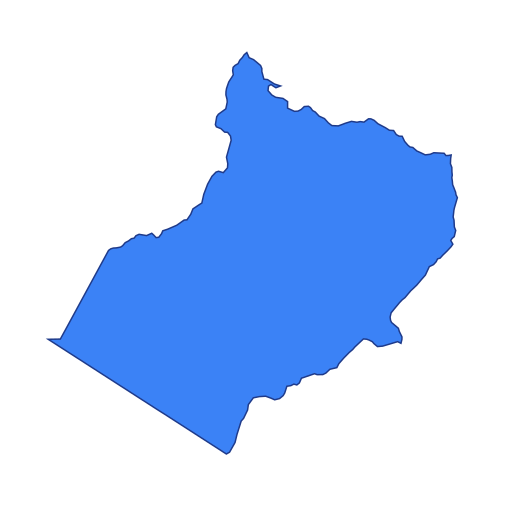 São João do Soter, Maranhão, Brazil, rotated 8°
{"feature_id": "56859067B40043130772660", "entity_name": "São João do Soter", "entity_type": "district", "adm_level": 2, "iso_a3": "BRA", "parent_name": "Brazil", "parent_adm1": "Maranhão", "projection": "orthographic", "projection_center": [-43.73, -5.032], "detail": "fine", "context": "isolated", "style": "filled", "palette": "blue", "viewbox_px": 512, "rotation_deg": 8, "n_neighbors": 0, "source": "geoboundaries", "source_scale": "gbopen_adm2", "svg_char_len": 2832}
<svg xmlns="http://www.w3.org/2000/svg" viewBox="0 0 512 512"><g transform="rotate(8 256 256)"><path d="M218.6,55.8L216.3,58.3L214.9,61.3L212.7,64.4L211.5,68.0L208.8,70.1L207.1,72.3L207.1,75.7L208.3,79.7L207.1,82.5L205.9,85.0L204.8,87.5L204.0,91.5L203.5,94.2L203.4,97.3L203.8,100.7L205.5,104.9L206.1,107.6L205.6,114.5L199.0,120.9L197.7,123.6L197.5,131.6L198.8,133.6L203.6,134.8L207.7,137.7L210.7,137.5L214.0,140.7L215.3,144.8L214.3,152.5L213.0,162.2L215.2,168.5L215.5,172.7L212.0,178.0L207.1,177.3L204.7,178.5L201.3,183.2L198.1,191.6L195.7,202.2L195.0,211.1L192.5,213.2L187.0,218.1L185.6,223.7L182.6,229.8L179.8,230.4L173.2,236.6L164.7,241.8L160.2,244.0L159.3,247.2L157.1,251.0L154.5,251.7L151.8,249.5L149.6,248.0L144.8,251.0L137.2,250.8L134.3,252.6L132.8,255.3L130.2,256.2L127.7,258.8L124.6,261.0L122.5,264.4L120.7,266.0L116.6,267.4L113.6,268.0L111.2,269.1L109.2,271.0L78.8,352.3L73.8,365.5L61.8,367.4L177.9,421.0L181.4,422.6L184.5,424.0L187.4,425.3L254.2,456.2L257.1,454.0L261.2,443.6L262.0,435.4L264.3,421.5L266.3,418.5L269.1,409.7L269.1,404.2L273.1,396.8L278.8,394.8L285.1,393.5L290.6,394.7L294.5,395.8L299.2,393.9L302.3,390.5L303.5,387.7L304.7,380.7L308.6,379.5L311.3,377.6L314.4,378.0L316.6,375.7L318.0,370.7L330.4,364.4L333.0,365.0L338.7,364.1L341.5,362.2L344.9,357.9L351.6,355.3L353.0,351.1L357.2,344.7L361.7,338.6L364.8,335.1L366.5,332.4L373.9,323.2L377.2,323.0L379.7,323.5L383.2,324.7L384.9,326.3L388.9,328.8L394.0,327.6L403.2,323.4L408.2,321.1L411.7,322.3L412.1,318.3L411.8,315.8L408.5,310.9L407.0,307.7L399.5,303.0L398.2,301.0L397.3,297.8L397.7,293.5L399.9,289.8L404.6,282.2L406.9,279.0L409.3,276.5L414.0,269.0L419.2,262.5L423.1,256.3L426.4,251.3L429.1,242.4L433.0,239.8L435.2,236.6L436.2,233.6L438.6,232.5L440.9,229.1L444.5,224.5L447.8,219.8L449.3,216.9L446.7,213.5L447.8,211.2L449.6,209.2L450.2,202.9L448.4,199.7L447.1,193.0L445.8,189.9L445.7,185.8L445.6,183.2L445.8,180.6L446.4,176.4L447.3,170.2L445.5,167.5L444.8,165.1L442.2,160.4L440.8,158.0L440.0,154.5L439.0,151.1L439.1,148.7L438.3,145.4L437.6,141.0L435.7,137.6L435.2,132.4L435.2,128.8L432.4,129.7L430.1,130.1L428.0,128.1L417.7,129.0L414.4,131.0L409.5,132.3L405.1,130.9L400.6,129.6L396.2,126.7L393.3,126.6L390.9,125.1L387.2,121.8L384.1,117.1L381.0,117.4L378.0,116.2L374.8,112.6L370.6,112.9L366.2,110.9L358.4,108.1L354.1,105.2L350.7,104.2L348.3,104.5L344.3,108.4L340.4,108.4L337.4,109.5L331.8,109.4L325.8,112.2L323.3,113.6L319.4,115.7L313.0,116.3L309.1,114.1L304.7,110.4L299.0,108.7L294.7,105.2L291.8,104.1L289.3,101.5L287.1,100.4L283.0,101.3L280.4,104.6L277.4,106.7L273.9,107.4L266.7,105.2L265.8,98.7L260.8,96.2L253.4,96.1L249.3,94.4L244.9,90.6L244.7,86.0L247.0,84.1L249.8,85.5L252.3,86.6L256.6,84.2L250.3,83.1L242.9,79.7L239.2,79.8L236.1,72.5L235.7,69.5L234.0,66.7L226.3,61.9L221.6,60.6L218.6,55.8Z" fill="#3b82f6" stroke="#1e3a8a" stroke-width="1.5"/></g></svg>